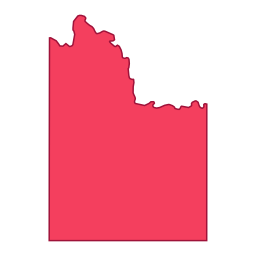 outline of Wilbarger, Texas, United States of America
{"feature_id": "52423323B71723905303227", "entity_name": "Wilbarger", "entity_type": "district", "adm_level": 2, "iso_a3": "USA", "parent_name": "United States of America", "parent_adm1": "Texas", "projection": "robinson", "projection_center": [-99.204, 34.146], "detail": "fine", "context": "isolated", "style": "filled", "palette": "rose", "viewbox_px": 256, "rotation_deg": 0, "n_neighbors": 0, "source": "geoboundaries", "source_scale": "gbopen_adm2", "svg_char_len": 1657}
<svg xmlns="http://www.w3.org/2000/svg" viewBox="0 0 256 256"><path d="M206.7,240.6L206.8,104.1L205.0,103.7L204.3,104.0L203.8,104.6L203.9,106.4L203.8,107.0L202.6,108.2L201.8,108.2L200.3,107.4L199.5,106.4L198.9,105.0L198.1,102.3L196.3,101.0L195.2,100.9L192.3,102.3L191.5,103.5L191.6,105.5L190.8,106.3L188.6,107.5L181.6,106.2L181.2,106.4L180.8,107.0L180.2,108.4L179.4,109.3L177.8,109.3L175.0,108.5L174.8,108.2L174.7,107.6L174.3,107.0L172.5,105.7L169.6,104.6L168.5,104.5L164.7,105.3L159.7,107.5L156.6,108.1L154.4,107.6L153.4,107.1L152.8,106.0L152.9,105.3L153.3,104.3L154.1,103.7L154.4,103.2L154.1,102.2L153.8,101.9L153.2,101.7L150.9,101.8L149.1,103.4L144.6,105.5L135.4,103.5L134.7,102.7L134.5,101.9L134.7,100.7L135.3,98.9L135.2,98.0L134.9,97.0L133.6,94.2L133.1,92.7L133.2,86.7L133.9,82.6L133.6,79.5L133.4,79.3L132.2,79.4L131.2,79.1L130.0,78.6L129.3,77.6L128.8,75.4L128.2,68.8L128.8,67.6L129.3,63.6L129.0,59.5L128.3,58.1L127.1,57.7L126.3,57.7L125.7,58.2L124.4,58.3L123.2,58.0L122.5,57.4L122.3,56.7L122.0,53.4L121.1,50.0L119.3,46.4L117.5,45.2L116.8,45.6L115.8,46.5L114.6,46.4L110.8,43.2L109.7,42.0L109.6,41.4L110.0,41.1L112.9,40.9L113.9,40.3L114.5,39.7L113.8,35.3L113.0,34.7L105.2,31.3L103.8,31.0L102.5,31.4L99.7,33.0L97.3,33.6L96.7,33.6L96.3,33.4L94.9,31.4L93.6,28.5L91.9,26.6L89.7,25.4L87.0,23.2L85.1,21.4L85.0,20.4L85.1,19.8L85.7,18.7L85.7,17.9L84.5,16.4L81.2,15.4L79.5,15.4L77.8,16.0L73.6,21.4L73.0,27.9L73.0,29.8L73.2,30.3L73.9,31.1L74.7,34.5L72.9,44.6L72.2,45.6L71.2,46.1L69.9,46.5L69.4,46.4L65.9,43.6L62.8,46.2L59.8,45.9L58.5,43.8L56.2,40.8L50.7,37.8L49.5,37.9L49.3,149.9L49.2,240.6L206.7,240.6Z" fill="#f43f5e" stroke="#9f1239" stroke-width="1.5"/></svg>